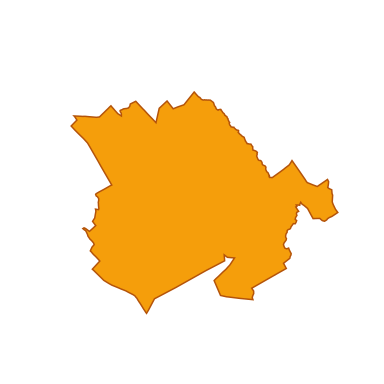 the district of Gilgil, Rift Valley, Kenya, rotated 331°
{"feature_id": "3690345B90072985927430", "entity_name": "Gilgil", "entity_type": "district", "adm_level": 2, "iso_a3": "KEN", "parent_name": "Kenya", "parent_adm1": "Rift Valley", "projection": "mercator", "projection_center": [36.311, -0.527], "detail": "fine", "context": "isolated", "style": "filled", "palette": "amber", "viewbox_px": 384, "rotation_deg": 331, "n_neighbors": 0, "source": "geoboundaries", "source_scale": "gbopen_adm2", "svg_char_len": 6030}
<svg xmlns="http://www.w3.org/2000/svg" viewBox="0 0 384 384"><g transform="rotate(331 192 192)"><path d="M125.7,68.3L125.8,68.7L126.0,70.0L126.2,73.3L118.3,75.7L119.6,81.1L121.2,86.7L123.0,92.6L124.4,98.5L124.5,102.2L124.6,108.0L124.7,113.9L124.8,119.6L124.8,125.1L124.9,130.7L125.0,136.4L125.1,141.9L125.2,147.0L123.4,146.9L116.6,147.0L110.6,146.9L107.4,147.0L106.6,147.3L106.3,149.0L107.0,150.3L107.1,151.6L107.2,152.4L106.6,153.6L106.2,154.2L105.9,154.6L105.2,155.4L104.9,155.8L104.7,156.4L104.1,157.6L103.6,158.6L103.4,159.2L103.1,159.7L102.6,161.2L101.7,162.1L99.3,160.2L98.7,162.1L94.3,167.6L90.8,169.5L91.1,171.8L91.5,174.7L87.6,175.7L83.2,176.7L82.5,175.2L81.2,172.3L80.2,171.0L78.8,171.1L79.5,173.0L80.2,174.2L80.2,175.8L80.0,178.5L79.6,180.2L79.8,182.1L79.9,183.7L80.4,185.2L80.8,186.7L81.2,188.9L80.9,190.6L77.9,191.7L74.5,194.2L75.0,196.0L75.2,197.4L75.6,199.1L76.2,200.9L76.7,202.6L77.9,207.7L67.4,211.2L68.0,212.9L68.7,215.3L69.6,218.3L70.7,222.0L72.0,226.5L75.0,231.8L76.8,234.7L80.2,238.9L81.7,240.8L82.8,242.3L84.0,243.7L86.2,246.4L87.7,248.8L90.8,253.4L91.7,255.2L92.0,257.2L92.2,257.8L92.3,258.4L92.3,259.6L92.3,260.3L92.5,263.2L92.6,263.8L92.8,267.5L92.9,270.7L93.1,272.7L93.2,274.6L93.4,276.1L96.7,274.2L107.4,267.2L131.7,267.7L166.1,267.5L177.9,267.8L187.2,268.0L189.7,262.6L191.3,266.3L197.2,270.3L189.7,274.2L187.2,275.0L184.1,276.1L180.1,277.0L174.0,278.7L171.0,279.4L168.4,280.2L166.8,296.3L171.3,300.3L173.0,301.5L182.5,308.4L193.1,315.7L193.4,313.7L194.8,312.2L196.7,310.8L197.9,308.5L197.7,306.5L197.6,305.1L226.4,304.7L237.4,304.6L237.5,298.7L245.4,297.4L246.6,296.0L248.0,295.1L248.9,293.9L248.9,292.1L249.0,289.8L249.3,287.9L247.2,287.6L246.0,286.1L246.1,284.2L246.5,282.3L247.8,281.2L249.5,280.4L251.0,279.7L252.0,278.6L252.0,276.9L252.8,275.5L253.9,274.3L255.7,273.3L256.5,271.9L257.8,271.5L258.4,271.6L259.4,271.8L259.9,271.8L260.6,271.5L261.7,270.5L263.4,269.7L265.3,268.8L266.9,269.8L268.5,268.8L269.7,267.7L269.0,266.0L270.1,264.7L271.3,263.9L272.4,263.4L272.7,261.8L273.7,260.6L275.9,260.6L275.7,258.9L275.6,257.0L275.5,255.4L276.8,255.4L276.9,253.9L278.4,254.8L279.8,255.8L280.6,254.8L282.1,253.7L282.3,255.8L283.5,258.2L285.1,262.4L285.0,269.9L285.0,274.0L288.2,275.6L291.0,277.1L291.4,278.4L292.1,280.2L293.7,281.8L295.0,281.8L296.3,281.7L297.6,281.1L299.7,280.9L302.4,281.2L306.3,280.9L309.6,280.6L309.3,278.1L309.1,276.6L309.3,273.0L309.4,271.5L309.6,270.0L309.9,268.6L313.5,262.9L313.7,261.3L315.3,257.8L314.0,256.1L313.7,255.7L313.4,255.1L312.9,253.9L313.9,252.8L315.3,251.0L316.5,249.2L316.6,246.7L313.8,247.0L304.2,247.9L301.3,244.5L297.4,239.7L297.1,238.1L297.0,235.8L296.0,225.5L295.6,221.6L294.7,213.0L291.5,214.8L290.8,215.1L290.0,215.5L285.2,216.2L283.6,216.5L283.1,216.6L277.6,217.3L269.2,218.3L268.5,217.9L267.9,217.3L267.1,217.1L266.9,216.5L266.9,215.9L267.5,215.5L267.7,214.8L267.4,214.3L267.7,213.3L267.8,212.6L267.8,212.0L267.7,211.6L267.4,211.0L267.2,210.4L267.3,209.7L267.3,209.1L267.4,208.2L268.0,207.0L268.6,206.3L268.7,205.7L268.6,204.8L268.3,204.3L267.9,203.8L267.4,203.2L266.9,202.1L267.0,201.5L267.3,200.7L267.6,200.0L267.5,198.9L267.5,198.3L266.9,197.4L266.4,197.2L265.9,196.8L265.5,195.7L265.6,195.1L265.7,194.3L265.7,193.8L265.8,193.3L265.9,192.5L266.0,191.9L266.2,191.6L266.6,191.3L267.0,191.0L267.3,190.5L267.4,190.0L267.9,189.6L268.3,189.2L268.2,188.7L268.2,188.1L267.9,187.5L267.5,187.0L267.2,186.5L266.5,185.7L265.9,185.2L265.6,184.7L265.9,184.3L266.1,183.8L266.2,183.3L266.5,182.9L267.1,181.7L266.9,181.2L266.8,180.5L266.8,179.9L266.7,179.3L266.8,178.8L266.3,178.4L265.6,178.0L264.9,177.4L264.5,177.0L264.0,176.7L263.6,176.4L263.6,175.9L263.8,175.2L263.6,174.6L263.5,174.0L263.4,173.5L263.7,172.9L263.6,172.4L263.7,171.8L263.9,170.5L264.0,170.0L264.1,169.4L263.8,168.9L263.4,168.3L263.0,167.8L262.9,167.2L262.6,166.8L262.5,166.2L262.4,165.6L261.9,164.8L261.8,164.1L261.5,163.6L261.6,163.1L261.6,162.7L261.3,162.3L262.2,161.4L262.5,161.0L262.4,160.5L262.0,160.1L261.4,159.8L261.0,159.2L260.7,158.5L260.5,158.0L260.3,157.3L260.1,156.7L260.0,156.1L260.0,155.6L259.4,155.4L259.0,155.2L258.7,154.7L257.8,154.1L257.7,153.5L257.8,152.7L257.6,152.2L257.5,151.7L257.6,151.1L257.9,149.9L258.7,149.4L258.5,148.7L258.4,148.2L258.6,147.5L258.6,146.6L258.7,145.9L259.0,145.3L258.8,144.4L258.8,143.9L259.0,143.4L259.0,142.8L258.6,142.2L258.3,141.7L258.3,141.2L257.9,140.9L257.9,140.4L258.0,139.9L258.1,139.4L258.0,138.8L257.7,138.2L257.6,137.8L257.4,137.3L257.5,136.5L257.3,135.7L257.3,134.9L257.0,134.4L257.3,133.9L256.8,133.4L256.1,133.2L255.7,133.1L255.1,132.9L254.5,133.1L254.2,132.6L254.0,132.2L253.7,131.6L253.5,130.8L253.7,129.9L253.8,129.1L253.7,128.4L253.5,127.6L253.6,127.0L253.7,126.2L253.9,125.6L253.9,125.1L254.1,124.6L254.0,123.8L253.7,123.1L253.5,122.7L253.3,122.2L253.1,121.7L252.8,121.1L252.6,120.6L252.0,120.2L251.4,119.8L250.9,119.5L250.3,119.2L249.8,118.9L249.3,118.5L248.6,118.2L248.1,117.8L247.6,117.4L247.1,117.3L246.6,117.1L245.9,116.5L245.5,116.0L245.2,115.6L244.9,114.7L244.9,113.9L244.7,113.3L244.6,112.9L244.2,112.4L243.9,112.0L243.7,111.5L243.6,111.1L243.5,110.5L243.3,109.8L243.2,109.2L243.1,108.7L243.0,108.3L242.8,107.7L242.7,107.0L242.6,106.2L242.4,105.6L232.4,109.7L227.6,111.7L227.1,111.8L220.9,110.7L216.9,110.2L216.4,110.1L215.9,110.1L214.3,100.3L203.9,102.9L194.1,113.9L193.0,109.6L191.9,105.5L190.9,101.7L189.9,97.4L189.4,95.8L188.9,93.8L187.9,89.9L186.8,85.4L180.7,85.1L179.2,86.8L178.7,87.1L178.1,87.3L177.5,87.5L177.0,87.7L176.5,87.6L176.0,87.3L175.3,87.3L173.7,86.5L173.1,86.4L172.7,86.2L172.1,86.0L171.4,86.1L170.9,86.1L170.2,86.0L169.5,85.9L169.0,85.8L168.5,86.0L168.3,86.4L168.2,87.1L168.3,87.9L168.3,88.5L168.2,88.9L168.1,89.4L167.9,89.8L167.6,90.4L167.1,91.3L165.5,88.3L165.2,87.8L165.0,87.3L164.8,86.3L164.7,85.8L164.4,84.6L164.3,84.1L164.2,83.6L164.0,82.8L163.8,81.6L163.1,78.5L163.0,77.9L162.9,77.3L161.2,77.7L158.9,78.4L156.2,79.1L153.4,79.9L151.8,80.3L150.0,80.8L147.5,81.5L144.7,80.4L142.9,79.2L138.4,76.2L135.2,74.0L132.9,72.8L131.2,71.7L125.7,68.3Z" fill="#f59e0b" stroke="#b45309" stroke-width="1.5"/></g></svg>